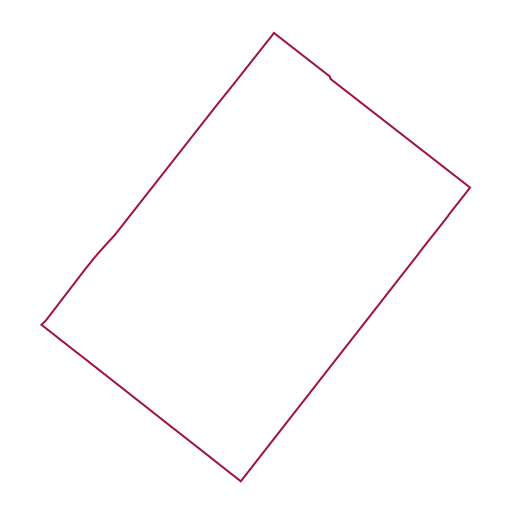 outline of Cimarron, Oklahoma, United States of America, rotated 308°
{"feature_id": "52423323B34412433575069", "entity_name": "Cimarron", "entity_type": "district", "adm_level": 2, "iso_a3": "USA", "parent_name": "United States of America", "parent_adm1": "Oklahoma", "projection": "equal_earth", "projection_center": [-102.557, 36.75], "detail": "fine", "context": "isolated", "style": "outline", "palette": "rose", "viewbox_px": 512, "rotation_deg": 308, "n_neighbors": 0, "source": "geoboundaries", "source_scale": "gbopen_adm2", "svg_char_len": 586}
<svg xmlns="http://www.w3.org/2000/svg" viewBox="0 0 512 512"><g transform="rotate(308 256 256)"><path d="M391.8,382.7L406.0,382.7L407.3,382.5L441.7,382.6L441.4,205.7L442.9,203.8L442.8,132.8L437.4,132.9L432.7,132.8L383.0,132.6L373.8,132.5L353.7,132.2L317.5,132.1L317.4,132.1L186.2,131.8L169.3,130.5L162.5,130.1L155.4,129.7L147.2,129.6L140.6,129.5L131.1,129.6L78.4,130.1L76.0,130.1L75.5,130.1L69.7,129.3L69.6,174.1L69.7,175.1L69.4,271.5L69.3,293.9L69.3,323.4L69.3,330.7L69.1,369.4L69.1,382.7L358.0,382.7L360.1,382.5L391.8,382.7Z" fill="none" stroke="#9f1239" stroke-width="2"/></g></svg>